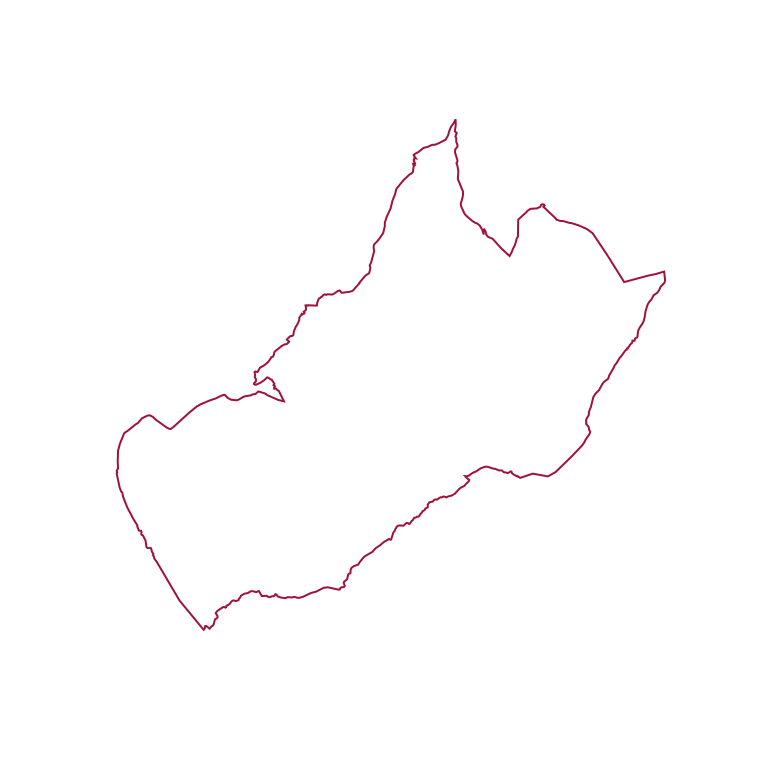 the district of Roesti, Vâlcea, Romania, rotated 54°
{"feature_id": "2599482B88399250652350", "entity_name": "Roesti", "entity_type": "district", "adm_level": 2, "iso_a3": "ROU", "parent_name": "Romania", "parent_adm1": "Vâlcea", "projection": "albers", "projection_center": [24.073, 44.917], "detail": "fine", "context": "isolated", "style": "outline", "palette": "rose", "viewbox_px": 768, "rotation_deg": 54, "n_neighbors": 0, "source": "geoboundaries", "source_scale": "gbopen_adm2", "svg_char_len": 6160}
<svg xmlns="http://www.w3.org/2000/svg" viewBox="0 0 768 768"><g transform="rotate(54 384 384)"><path d="M476.8,674.4L476.5,672.8L474.7,671.0L475.2,670.2L476.4,669.7L479.5,668.9L478.7,666.2L478.9,664.6L478.2,662.9L475.1,659.1L475.3,656.9L474.8,655.6L473.4,655.0L470.5,654.9L470.2,654.5L469.6,651.4L469.9,645.4L470.5,644.4L471.8,643.6L471.8,643.0L470.8,641.8L471.3,639.7L471.1,637.4L470.4,635.9L470.3,633.9L470.7,632.8L472.6,631.4L473.4,628.7L472.4,627.6L472.3,626.2L471.2,624.1L471.5,620.6L473.1,616.9L473.4,613.4L474.7,611.8L477.3,609.7L477.7,607.5L478.1,606.9L483.8,607.5L486.4,603.4L488.5,602.7L489.4,601.5L489.9,599.3L490.9,597.9L491.0,597.3L490.2,595.4L491.0,594.8L493.5,594.8L496.2,592.9L499.4,589.5L499.8,587.2L502.6,584.0L503.6,581.5L506.1,579.7L507.3,578.1L508.6,574.3L510.2,565.7L512.1,561.0L513.4,552.5L515.5,548.9L524.0,541.3L524.2,540.6L523.4,539.3L523.4,538.1L524.7,535.9L524.4,534.7L523.9,534.2L521.5,533.7L520.5,532.5L520.3,528.7L517.0,524.8L516.9,524.2L517.3,522.7L517.0,522.0L514.9,520.4L513.7,518.7L513.6,515.7L514.9,511.0L513.7,507.9L512.2,502.3L512.2,499.4L513.0,491.9L511.9,487.3L512.2,481.1L511.9,480.1L511.8,476.0L512.3,472.6L512.1,471.7L512.5,470.9L513.7,470.4L514.0,469.6L509.6,463.7L509.2,461.8L508.3,460.6L506.9,457.3L506.9,456.1L507.4,454.8L510.1,451.5L509.7,447.8L509.9,447.2L510.6,446.4L512.1,445.9L512.2,445.5L511.1,442.1L511.0,440.6L510.0,438.1L510.8,436.8L510.7,435.3L511.6,433.9L511.7,433.1L510.7,431.7L510.4,429.3L509.6,427.6L509.9,425.3L509.1,423.9L509.5,421.2L507.2,419.3L506.4,416.8L507.8,413.6L507.3,412.0L507.4,410.6L508.8,408.8L508.7,407.2L508.9,404.9L509.7,403.8L509.8,402.4L510.6,401.3L512.4,400.2L512.7,398.1L514.0,395.0L514.4,391.2L513.1,384.7L513.0,383.0L513.7,378.7L513.0,376.4L512.6,372.8L511.7,371.4L509.2,372.2L506.3,372.5L507.4,371.2L508.0,369.2L508.0,364.6L508.8,361.3L509.1,355.1L510.1,351.6L510.7,350.2L512.3,348.5L516.1,345.8L518.4,343.6L521.3,342.0L523.1,339.5L525.9,338.9L527.1,337.5L528.9,336.3L529.2,332.7L530.0,332.4L531.3,332.9L533.7,332.2L537.0,330.6L536.8,330.2L540.0,329.0L544.0,316.3L555.1,305.7L556.1,297.0L552.9,274.8L550.2,260.0L549.0,256.4L547.4,253.4L545.5,247.6L543.9,245.2L541.3,244.9L540.2,244.1L538.6,243.7L535.0,243.9L534.6,243.2L533.3,242.7L531.4,241.1L529.5,236.6L527.0,234.5L523.9,229.8L517.6,222.3L516.2,218.7L515.3,213.5L512.4,207.5L511.6,204.8L511.5,199.5L509.6,197.0L505.5,187.9L504.6,186.7L503.7,183.4L501.3,177.9L501.0,175.8L498.7,169.0L498.6,168.2L498.9,167.5L498.1,166.6L498.6,165.7L497.8,164.6L497.8,163.6L496.8,162.0L496.5,159.0L494.9,157.5L496.3,155.9L494.7,153.9L495.1,152.2L494.7,151.2L490.5,147.3L488.7,144.1L486.9,139.0L485.4,136.5L483.5,134.2L479.0,129.8L474.8,124.2L473.5,121.3L472.7,117.7L470.7,113.8L470.8,109.2L469.7,106.1L467.9,103.1L467.1,98.0L466.1,96.4L464.8,95.3L457.7,91.3L454.8,99.4L451.3,107.3L442.7,129.8L410.9,127.6L384.5,126.6L377.7,128.9L370.2,133.2L364.1,137.7L362.4,139.5L357.2,143.5L356.1,145.2L352.5,147.9L351.3,147.7L334.3,150.9L334.0,149.1L332.9,149.1L332.0,149.8L331.6,150.3L331.5,151.9L332.5,153.2L331.8,157.1L328.4,162.5L328.3,163.7L328.3,166.5L328.6,167.1L329.9,178.8L343.5,189.0L344.4,191.2L348.4,196.2L350.8,200.9L352.1,202.6L354.3,207.2L343.0,209.4L330.3,210.8L326.2,213.3L323.8,213.5L320.2,212.2L317.8,212.0L317.7,213.0L321.8,215.5L317.1,213.9L312.0,213.4L308.8,214.3L307.5,215.3L304.1,216.7L296.6,218.5L293.7,218.8L286.2,217.3L283.4,216.1L279.3,210.8L276.9,208.5L274.5,206.9L261.6,203.8L255.6,198.8L250.7,196.4L247.8,195.5L247.5,194.3L246.2,193.1L238.3,190.4L236.1,188.5L235.2,185.1L234.1,184.2L230.6,183.2L227.2,180.9L225.7,180.7L223.7,177.6L221.2,178.2L217.0,174.0L211.9,170.5L213.9,174.2L215.2,178.4L217.7,182.5L220.5,186.0L222.6,190.5L221.4,198.1L220.4,202.1L218.8,204.5L217.9,209.1L216.2,213.3L216.6,219.6L216.0,223.8L216.2,225.5L220.2,225.6L219.1,226.6L219.6,227.0L219.9,228.0L220.5,228.4L221.0,228.2L221.8,229.1L223.9,229.1L224.3,230.0L223.1,231.1L223.9,231.4L225.1,231.0L225.0,231.5L226.5,233.3L229.4,235.8L229.8,238.4L229.5,240.1L230.5,248.2L233.4,259.3L237.2,263.8L240.6,269.3L245.8,275.4L250.3,283.5L253.7,288.2L257.0,290.8L261.4,295.9L263.9,303.0L264.6,305.6L265.1,309.3L265.9,310.8L267.9,312.5L270.7,313.8L278.2,323.1L279.7,325.9L282.1,326.8L285.6,330.8L285.4,335.3L287.6,344.4L288.0,344.5L290.2,354.6L289.1,357.8L285.5,364.4L285.0,364.8L283.1,364.6L282.2,365.0L281.6,366.9L281.5,371.8L281.2,373.3L278.2,377.0L277.9,378.5L276.7,379.1L276.3,381.0L276.3,381.6L276.9,382.3L276.7,383.9L276.9,385.2L276.6,386.6L278.7,389.9L281.1,392.3L275.8,399.0L275.9,399.6L274.8,400.2L274.3,401.3L277.2,402.7L278.2,403.7L278.4,406.5L279.7,406.4L280.1,407.2L279.7,409.3L279.0,409.3L280.5,413.5L282.5,415.0L284.9,419.2L285.9,421.9L288.1,425.5L291.2,428.8L291.2,429.9L290.2,431.8L290.6,435.3L291.1,436.6L293.5,435.8L294.0,435.8L294.2,436.3L294.5,439.3L293.6,441.0L293.1,444.0L293.5,452.9L293.8,454.0L295.6,455.9L296.6,457.8L296.1,459.2L298.0,464.3L298.5,469.5L297.9,474.7L300.0,479.2L298.2,480.8L298.2,481.7L301.2,483.1L302.5,484.6L304.6,484.7L305.8,485.4L306.7,486.4L307.0,488.7L307.8,489.2L308.8,488.7L309.4,487.8L310.3,483.9L310.5,478.9L310.0,474.6L310.7,474.0L313.9,472.9L314.4,472.3L319.5,472.6L320.0,474.1L321.9,473.5L322.5,475.2L323.2,475.6L324.6,473.9L325.6,474.0L328.0,473.2L339.2,475.1L334.8,478.9L324.5,484.9L321.6,485.9L316.2,490.0L316.5,493.8L315.0,497.0L315.0,498.2L312.2,503.8L311.7,505.7L311.3,510.4L310.6,512.7L306.9,516.9L303.4,518.6L299.1,519.2L298.6,520.2L297.9,522.1L296.8,528.6L294.8,534.9L292.6,544.4L292.4,547.5L292.1,548.1L292.6,557.6L295.0,579.5L295.0,583.0L294.0,584.1L291.5,585.4L279.4,589.4L274.9,590.3L271.9,591.7L271.1,592.8L270.4,594.6L269.5,599.9L270.9,605.9L270.7,608.6L271.2,619.5L271.0,622.2L271.3,623.5L277.0,632.6L281.6,638.3L289.9,644.8L296.0,648.8L297.2,651.4L298.8,651.8L299.3,652.9L312.3,658.7L316.3,659.8L318.3,659.6L321.7,661.3L332.7,664.2L346.7,666.2L353.3,666.6L354.1,667.3L358.2,668.4L358.9,668.2L360.0,666.8L360.4,666.9L361.4,667.2L362.7,668.7L363.4,668.8L364.9,668.0L370.6,669.0L376.1,671.9L377.5,671.8L378.2,671.3L378.8,670.0L380.0,669.0L383.5,670.4L385.9,670.4L386.8,671.6L388.1,671.5L389.9,672.4L394.5,672.4L439.0,676.7L476.8,674.4Z" fill="none" stroke="#9f1239" stroke-width="2"/></g></svg>